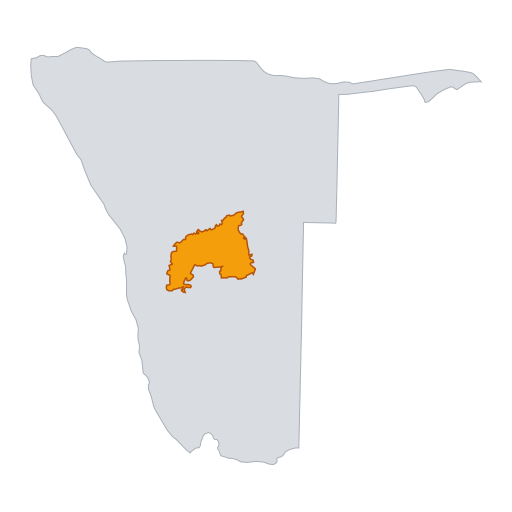 Namibia, with Khomas highlighted
{"feature_id": "NAM-3340", "entity_name": "Khomas", "entity_type": "Region", "adm_level": 1, "iso_a3": "NAM", "parent_name": "Namibia", "parent_adm1": "", "projection": "orthographic", "projection_center": [17.098, -22.865], "detail": "fine", "context": "in_parent", "style": "filled", "palette": "amber", "viewbox_px": 512, "rotation_deg": 0, "n_neighbors": 0, "source": "natural_earth", "source_scale": "10m", "svg_char_len": 8505}
<svg xmlns="http://www.w3.org/2000/svg" viewBox="0 0 512 512"><path d="M419.3,73.5L426.5,72.4L433.3,71.4L441.2,70.4L447.6,69.6L449.2,69.3L464.3,71.4L470.9,72.6L473.1,73.6L476.0,76.1L481.3,81.9L479.9,81.7L469.7,82.3L465.8,83.6L456.9,89.7L455.1,88.8L453.0,87.3L451.3,86.8L447.4,88.2L443.6,89.9L439.3,92.4L435.7,94.8L434.6,96.2L429.0,101.3L427.2,102.1L425.6,102.4L425.0,102.2L424.4,99.8L421.2,94.2L416.2,86.9L414.6,86.2L413.6,85.8L409.6,86.0L398.0,87.6L388.3,88.9L373.3,91.3L357.3,93.1L347.4,94.3L338.8,94.4L338.7,101.5L338.4,115.7L338.1,130.0L337.8,144.2L337.5,158.5L337.2,172.8L336.9,187.0L336.5,201.3L336.2,215.6L336.0,221.8L335.7,223.2L330.9,223.0L320.1,222.8L310.9,222.6L303.5,222.4L303.4,230.9L303.2,241.0L303.0,251.0L302.8,261.0L302.6,271.1L302.4,281.1L302.2,291.1L302.0,301.2L301.9,311.2L301.7,318.8L301.7,319.6L301.4,334.3L301.0,349.9L300.7,365.4L300.3,381.0L300.0,396.5L299.6,412.1L299.3,427.6L298.9,443.1L298.8,448.0L295.6,447.9L289.2,449.7L285.1,452.1L283.3,455.1L281.0,456.9L278.1,457.5L276.8,459.0L277.1,461.4L275.9,463.3L273.3,464.6L269.2,464.1L263.4,462.0L256.1,461.4L247.3,462.4L240.9,461.9L237.0,459.8L232.9,458.5L228.5,458.2L226.0,457.3L220.8,455.7L219.8,453.1L219.2,451.0L217.8,448.9L217.6,447.2L218.8,445.8L218.9,443.7L218.1,440.8L216.7,439.4L214.6,439.4L213.4,438.3L212.9,436.0L211.7,434.3L208.8,432.5L205.0,433.8L203.2,435.9L202.1,439.0L201.2,440.6L200.7,443.3L200.5,445.2L199.5,447.2L198.5,448.0L197.5,447.6L195.5,448.4L191.3,451.4L190.1,453.0L186.6,450.2L176.4,439.6L172.8,436.9L167.4,430.4L155.5,410.3L153.7,406.4L151.3,396.7L148.6,389.5L148.3,385.3L149.5,382.9L148.7,379.7L147.3,376.9L143.2,373.1L141.9,360.6L139.0,352.5L139.5,345.8L138.1,339.7L137.9,335.7L138.3,328.3L136.0,319.7L131.4,311.4L127.2,299.3L126.5,294.1L126.6,279.8L125.8,274.0L125.7,267.1L123.9,260.1L123.2,256.2L124.3,253.1L125.0,254.1L126.2,254.5L126.9,250.4L127.0,246.8L124.8,238.0L120.1,229.0L108.5,214.4L105.6,208.9L103.9,204.2L90.8,185.1L85.1,171.4L81.0,159.7L76.7,154.3L56.5,116.4L52.1,110.4L44.2,103.3L42.3,100.9L39.1,94.0L33.1,84.9L31.4,76.2L30.7,66.3L31.2,58.7L36.5,57.7L40.2,55.6L43.5,55.3L46.9,56.8L50.4,56.8L51.7,56.5L58.0,56.5L61.6,54.6L65.8,52.6L68.3,51.0L71.7,49.2L76.3,47.4L78.9,47.5L82.1,48.0L86.4,48.6L88.9,49.6L91.8,53.1L96.3,56.2L99.6,58.0L103.4,60.5L104.5,61.4L106.2,61.9L107.2,62.1L114.1,61.6L120.4,61.1L127.2,61.0L140.0,60.8L152.8,60.6L165.5,60.5L178.3,60.5L191.1,60.4L203.9,60.4L216.7,60.4L229.5,60.5L234.7,60.5L243.8,60.7L253.5,60.9L254.5,61.1L255.6,61.8L256.5,62.4L259.8,66.9L264.1,71.6L267.7,73.8L272.0,75.2L276.0,75.7L279.8,75.4L286.0,76.1L294.7,77.8L303.8,78.4L313.2,77.9L319.8,78.9L323.6,81.3L327.5,82.9L331.5,83.8L336.9,83.5L343.7,81.9L349.5,82.3L352.2,83.7L353.8,83.8L363.8,82.2L371.9,81.0L384.1,79.0L394.1,77.5L408.9,75.1L419.3,73.5Z" fill="#d9dde1" stroke="#a8b0b8" stroke-width="1"/><path d="M185.1,239.5L185.4,239.5L185.6,239.2L185.6,237.5L185.8,236.9L186.1,236.4L187.7,235.2L189.0,234.6L191.6,234.0L191.9,234.2L192.4,234.4L192.5,234.6L192.8,234.5L193.0,234.2L193.5,233.6L193.7,233.3L194.0,233.1L194.3,233.2L195.0,233.7L195.3,233.9L195.6,233.8L195.9,233.6L196.2,233.6L197.2,233.7L198.2,233.7L198.5,233.4L198.7,233.1L198.5,232.7L198.4,232.5L198.1,232.4L197.0,232.6L196.7,232.6L196.6,232.4L196.6,232.1L196.6,231.9L196.8,231.7L197.7,230.0L197.9,229.7L198.3,229.6L198.6,229.6L198.8,229.7L198.9,229.9L199.2,230.7L199.5,231.0L199.9,231.2L200.8,231.3L201.2,231.5L201.6,231.9L201.9,231.9L203.4,231.3L203.8,231.3L204.2,231.1L204.5,230.8L205.2,230.2L205.5,229.9L205.9,229.7L206.2,229.8L206.4,230.2L206.6,230.5L206.8,230.8L207.0,230.8L207.3,230.6L209.4,228.8L209.7,228.6L210.1,228.4L210.3,228.6L210.5,229.0L210.7,229.4L210.9,229.7L211.1,229.9L211.5,229.8L214.6,228.4L215.0,227.9L215.2,227.5L215.2,226.5L215.3,226.1L215.5,225.8L216.0,225.1L216.3,224.8L216.6,224.6L216.7,224.8L216.8,225.1L217.0,225.8L217.1,226.1L217.3,226.3L217.6,226.2L219.1,225.5L219.5,225.3L219.7,225.1L219.8,224.8L219.7,224.2L220.0,224.0L221.3,224.6L221.6,224.6L221.8,224.4L221.9,224.1L222.2,223.2L222.3,223.0L222.2,222.6L221.5,220.7L221.5,220.4L222.4,220.4L222.7,220.3L223.1,220.1L223.4,219.9L223.6,219.6L223.8,219.4L224.0,218.7L224.3,218.4L224.6,218.1L225.7,217.5L225.9,217.3L226.3,216.3L226.5,215.9L226.9,215.7L227.2,215.6L228.7,215.2L229.1,215.1L229.4,215.2L229.7,215.4L230.2,216.0L230.4,216.1L230.6,216.0L231.6,215.7L233.1,215.4L234.0,215.0L234.4,214.7L235.1,214.0L236.2,213.1L237.8,212.4L239.1,212.1L239.8,212.2L243.2,211.3L243.5,213.4L243.1,214.2L242.3,215.2L241.7,216.1L241.6,216.5L241.6,216.8L241.8,217.1L242.4,217.7L242.6,217.9L242.8,218.4L242.9,218.5L243.1,218.6L243.3,218.9L243.4,219.2L243.5,219.9L243.3,220.3L243.1,220.5L242.9,220.6L242.6,220.8L242.3,221.4L241.4,222.8L241.3,223.1L241.4,223.3L241.6,223.6L241.7,223.9L241.7,224.5L241.5,224.8L241.2,225.0L240.0,225.5L239.7,225.6L239.2,225.5L238.9,225.6L238.6,225.7L238.5,226.0L238.1,229.1L238.2,229.6L238.4,230.2L239.3,232.0L240.3,233.4L240.7,233.8L241.1,233.9L242.4,233.9L242.7,234.1L242.8,234.3L243.7,235.7L244.1,236.2L244.8,236.7L245.0,237.0L244.9,237.2L243.8,237.8L243.5,238.0L243.6,238.3L243.9,238.5L244.7,239.1L244.8,239.2L245.8,238.3L246.1,238.1L246.3,238.3L246.4,238.5L247.2,243.1L247.6,246.7L247.8,247.4L248.7,250.2L248.8,251.2L248.8,254.9L249.0,255.1L249.3,255.1L251.6,254.3L251.9,254.3L251.9,254.5L252.0,254.8L251.9,255.5L251.8,255.8L251.7,256.0L251.4,256.2L250.0,256.7L249.8,256.8L249.6,257.0L249.6,257.4L249.6,257.7L249.8,258.1L249.9,258.3L250.4,258.6L251.1,259.5L251.4,259.7L251.7,259.7L252.4,259.8L252.7,259.9L252.9,260.0L253.1,260.3L253.3,261.1L253.6,262.3L253.4,262.5L253.1,262.6L251.3,262.7L251.0,262.8L250.7,263.1L250.5,263.5L250.3,263.9L250.3,264.3L250.5,264.7L255.0,268.5L255.3,268.8L255.3,269.1L255.2,269.6L253.3,274.4L252.4,272.9L251.6,273.0L249.4,274.2L246.6,275.5L246.4,275.7L246.3,276.1L246.2,276.8L246.1,277.2L245.7,277.4L244.4,277.7L241.9,278.8L241.3,278.9L240.8,279.0L240.2,278.8L240.0,278.6L239.7,278.7L238.4,279.3L238.1,279.2L237.8,279.0L236.7,277.5L236.4,277.3L236.1,277.1L234.5,276.7L228.4,276.8L227.9,277.1L227.7,277.4L227.5,277.7L227.3,277.8L226.9,277.9L221.6,277.8L221.4,277.9L221.1,274.8L221.1,274.5L221.0,274.4L220.7,274.3L220.2,274.1L219.9,273.9L219.5,271.7L219.5,271.4L219.6,271.2L220.8,270.8L220.9,270.7L221.0,270.4L220.9,268.6L220.9,268.3L220.9,268.0L221.1,267.7L222.3,266.5L222.2,266.5L221.7,266.5L219.9,267.0L217.7,267.1L214.8,267.5L213.7,267.3L213.2,266.5L213.1,265.0L213.0,264.1L212.7,263.6L212.1,263.4L210.7,262.9L209.4,262.9L207.2,263.3L205.3,264.7L203.7,265.4L201.1,266.1L199.7,265.7L198.5,265.7L197.8,265.9L197.1,265.8L196.4,265.6L195.9,265.1L195.1,264.7L194.7,264.8L194.3,265.5L190.6,272.8L190.5,273.1L190.4,273.4L190.6,273.6L192.9,274.9L193.1,275.1L193.2,275.4L193.4,276.4L193.4,276.8L193.3,277.1L190.0,280.4L189.7,280.6L189.4,280.7L187.3,280.7L187.0,280.6L186.9,280.3L186.8,278.6L186.7,278.4L186.4,278.1L186.0,277.8L185.8,277.9L185.6,278.2L184.1,281.3L183.6,283.4L183.6,283.7L183.6,283.9L183.8,284.1L186.6,284.7L186.9,284.7L187.4,284.4L187.7,284.4L190.2,285.1L190.5,285.2L190.7,285.3L190.8,285.6L191.1,286.3L191.1,286.6L191.0,286.8L190.8,287.2L190.7,287.5L190.3,287.6L187.4,287.4L186.3,287.1L186.1,287.1L185.8,287.3L184.6,288.6L184.3,289.5L184.9,291.6L185.2,292.5L183.4,292.1L181.6,290.7L181.4,290.2L181.4,289.9L181.7,289.7L181.8,289.6L182.4,289.6L182.7,289.4L182.8,289.1L182.7,288.5L182.8,288.0L182.9,287.6L183.2,286.9L183.3,286.7L183.1,286.7L181.1,287.8L180.8,287.9L180.4,288.0L179.4,287.9L179.2,287.9L175.1,289.2L173.6,289.3L173.2,289.5L172.9,289.8L172.8,290.1L172.6,290.4L172.5,290.6L172.2,290.7L169.8,290.8L168.9,290.8L167.0,289.8L166.6,288.8L166.4,288.0L166.6,285.2L169.3,284.9L170.0,284.3L170.1,283.0L170.1,282.8L169.8,281.4L169.7,281.1L170.1,276.0L170.0,275.7L170.0,275.4L169.7,275.2L167.2,274.1L166.8,273.8L166.8,273.5L166.9,273.1L167.8,271.1L167.9,270.7L168.1,270.5L168.4,270.4L169.5,270.2L169.8,270.1L170.0,270.0L170.0,269.8L170.0,269.6L169.1,265.4L171.8,264.5L172.1,264.3L172.3,264.1L172.2,263.9L170.7,262.1L170.5,261.8L170.6,261.5L170.6,261.1L171.2,259.4L171.3,259.0L171.3,258.6L171.2,257.9L171.0,257.1L171.0,256.8L170.9,256.7L171.3,253.3L171.5,252.9L171.8,252.4L172.7,251.9L173.2,251.5L173.7,251.4L174.1,251.4L176.1,251.3L176.4,251.2L176.6,250.9L176.6,250.5L176.6,246.9L176.6,246.6L176.5,246.3L176.3,246.2L176.0,246.2L173.6,246.2L173.4,246.2L173.9,245.2L176.4,242.5L176.8,242.3L177.3,242.2L179.3,242.8L179.7,242.8L180.1,242.6L180.6,242.4L181.5,241.5L182.0,240.9L183.1,239.9L183.4,239.5L183.8,239.5L184.2,239.5L184.7,239.5L185.1,239.5Z" fill="#f59e0b" stroke="#b45309" stroke-width="1.5"/></svg>